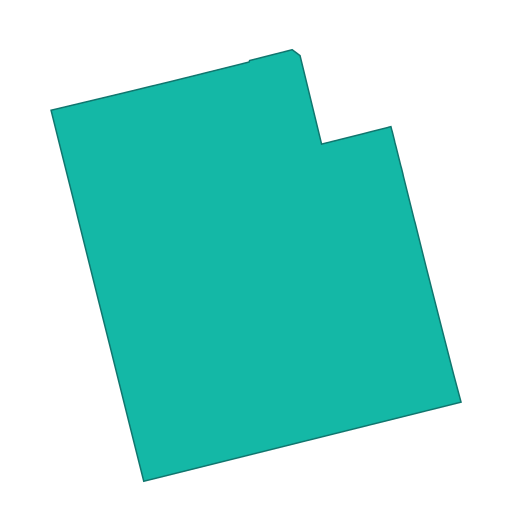 outline of Tapenagá, Chaco, Argentina, rotated 346°
{"feature_id": "61730980B55072056415049", "entity_name": "Tapenagá", "entity_type": "district", "adm_level": 2, "iso_a3": "ARG", "parent_name": "Argentina", "parent_adm1": "Chaco", "projection": "equal_earth", "projection_center": [-59.556, -27.643], "detail": "fine", "context": "isolated", "style": "filled", "palette": "teal", "viewbox_px": 512, "rotation_deg": 346, "n_neighbors": 0, "source": "geoboundaries", "source_scale": "gbopen_adm2", "svg_char_len": 1462}
<svg xmlns="http://www.w3.org/2000/svg" viewBox="0 0 512 512"><g transform="rotate(346 256 256)"><path d="M341.0,64.6L320.9,64.7L297.1,64.8L296.2,66.1L255.7,66.1L228.5,66.1L214.9,66.1L194.7,65.9L174.4,65.8L93.5,65.0L93.2,65.0L92.4,65.0L92.4,107.2L92.5,162.4L92.4,175.5L92.4,260.2L92.5,308.3L92.5,308.8L92.5,351.9L92.5,356.9L92.5,358.3L92.5,375.6L92.5,389.9L92.6,447.4L255.2,447.4L255.3,447.4L419.4,447.4L419.6,447.4L419.1,418.6L418.8,378.0L418.5,327.8L418.5,323.9L418.4,308.2L418.4,268.9L418.4,263.8L418.4,262.5L418.4,262.1L418.3,260.3L418.3,260.2L418.3,255.3L418.3,247.9L418.3,244.8L418.3,244.0L418.3,235.7L418.3,235.4L418.3,233.0L418.3,232.4L418.3,231.9L418.3,226.2L418.3,225.6L418.3,218.0L418.3,216.0L418.3,214.8L418.3,213.9L418.4,211.7L418.4,211.2L418.4,210.7L418.4,210.2L418.4,209.9L418.4,209.3L418.4,207.8L418.4,205.5L418.3,203.8L418.3,200.5L418.3,198.2L418.3,195.8L418.3,190.7L418.3,190.2L418.3,186.0L418.3,183.4L418.2,179.8L418.2,179.4L418.3,177.4L418.3,175.4L418.3,174.9L418.3,174.5L418.3,172.9L418.3,171.6L418.3,171.2L418.3,168.0L418.2,166.5L418.2,164.9L418.2,164.0L418.2,163.1L417.8,163.1L417.4,163.1L417.0,163.1L416.6,163.1L415.8,163.1L415.0,163.2L414.4,163.2L413.7,163.2L413.1,163.2L412.4,163.2L411.3,163.2L410.1,163.2L409.1,163.2L407.9,163.2L406.6,163.2L404.3,163.2L400.2,163.2L398.3,163.2L388.9,163.3L380.4,163.3L380.2,163.3L371.2,163.3L346.7,163.3L346.7,162.4L347.2,72.2L341.0,64.6Z" fill="#14b8a6" stroke="#0f766e" stroke-width="1.5"/></g></svg>